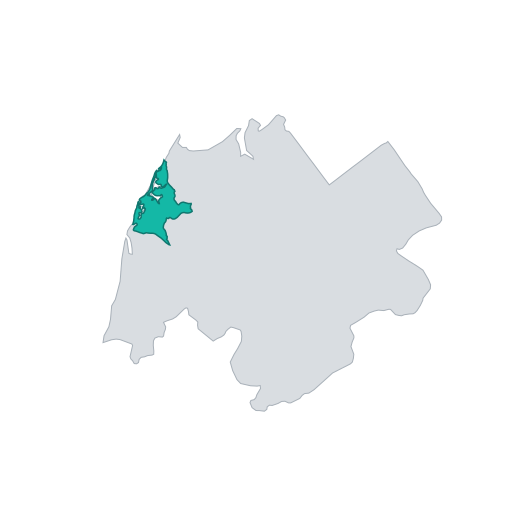 location of Etimbouè, Ogooué-Maritime, Gabon, rotated 53°
{"feature_id": "22940354B22587364924270", "entity_name": "Etimbouè", "entity_type": "district", "adm_level": 2, "iso_a3": "GAB", "parent_name": "Gabon", "parent_adm1": "Ogooué-Maritime", "projection": "robinson", "projection_center": [9.502, -1.676], "detail": "fine", "context": "in_parent", "style": "filled", "palette": "teal", "viewbox_px": 512, "rotation_deg": 53, "n_neighbors": 0, "source": "geoboundaries", "source_scale": "gbopen_adm2", "svg_char_len": 9453}
<svg xmlns="http://www.w3.org/2000/svg" viewBox="0 0 512 512"><g transform="rotate(53 256 256)"><path d="M340.2,89.6L339.9,93.5L336.0,103.1L334.2,110.5L333.7,118.4L334.8,124.7L336.7,129.2L337.9,134.1L337.0,137.6L335.1,139.0L336.4,140.8L339.3,141.2L344.1,139.7L351.6,137.1L361.4,133.3L367.8,131.2L378.5,132.5L384.1,133.9L387.1,136.6L390.2,147.9L391.8,149.6L394.3,154.4L396.5,160.2L397.0,163.2L396.7,165.3L394.6,168.4L392.1,173.0L391.3,175.8L389.3,177.8L386.7,179.9L379.6,180.7L378.5,181.9L376.5,186.8L372.8,190.9L371.1,194.8L369.5,200.1L369.9,206.5L369.1,215.8L368.3,222.2L370.2,224.4L378.7,225.9L380.3,227.1L382.6,231.0L385.5,234.7L393.3,237.0L396.3,239.8L398.7,242.9L399.0,245.4L397.2,255.5L395.5,265.3L396.2,272.6L396.8,279.7L397.7,290.0L397.3,296.3L395.1,300.1L395.1,303.1L396.1,306.7L394.2,316.7L392.9,318.4L389.4,320.3L387.6,323.0L387.0,327.2L385.1,333.0L383.2,335.1L383.2,337.8L385.0,339.7L385.0,342.7L381.5,346.3L379.4,349.0L374.8,350.4L369.5,349.0L368.3,347.0L369.6,343.9L369.1,341.4L367.3,338.8L364.5,332.1L362.0,330.6L360.6,333.4L356.3,338.5L348.6,345.0L343.3,345.6L333.5,343.6L325.2,340.4L321.4,332.8L318.9,326.4L315.4,319.1L311.5,315.6L307.3,313.3L305.4,313.2L299.4,317.3L297.6,318.9L297.6,322.3L298.1,325.5L299.1,327.1L299.8,329.2L299.7,332.4L298.6,336.6L298.2,341.4L279.3,346.0L276.1,344.3L273.7,342.2L270.8,342.6L262.6,345.0L259.6,343.3L256.6,342.1L255.3,343.1L255.1,345.1L256.5,356.3L256.1,360.5L254.2,366.0L253.3,369.8L258.3,370.8L260.1,372.6L261.8,375.4L264.3,378.0L264.4,379.6L261.7,382.5L260.7,386.1L262.0,388.9L265.5,391.8L270.4,394.8L272.9,396.8L272.6,398.6L270.3,402.5L269.4,405.8L267.8,408.7L268.2,411.5L270.4,414.0L270.2,416.3L268.6,418.0L265.5,417.6L262.9,417.9L260.6,417.2L253.2,408.4L251.6,408.1L240.9,414.9L238.2,417.7L236.0,421.7L233.1,430.3L228.2,425.3L224.0,416.1L219.1,410.4L208.9,401.2L206.1,394.5L194.4,379.7L177.5,364.8L165.3,351.9L163.4,349.1L165.5,349.4L177.3,355.9L178.9,355.1L180.2,353.7L175.1,350.3L170.3,347.7L165.7,346.0L161.2,346.2L158.6,343.5L156.9,339.3L156.1,335.8L154.1,332.1L147.6,324.4L146.0,321.5L142.5,317.4L144.6,316.9L151.6,320.8L152.2,319.2L151.6,317.0L144.6,313.3L140.8,313.1L140.0,310.5L140.5,307.5L135.5,296.4L130.3,288.1L129.5,284.1L143.5,302.2L145.3,302.6L147.8,302.4L153.6,300.4L152.5,297.9L149.9,295.3L147.3,296.5L144.0,296.8L142.3,295.7L141.5,293.8L144.8,285.0L143.4,285.5L142.4,287.1L140.6,287.8L137.8,288.3L130.9,283.5L124.8,270.8L123.2,268.2L121.6,263.8L120.0,262.0L113.0,243.9L115.7,245.2L118.8,250.5L125.0,249.4L127.4,246.3L129.5,246.5L131.7,245.8L134.4,242.9L142.4,230.4L144.5,214.0L143.8,204.3L142.6,194.6L145.2,191.5L146.3,193.5L146.8,197.0L148.0,199.5L150.9,201.8L156.1,202.4L164.2,206.0L167.1,208.3L167.9,203.7L177.3,199.8L174.4,198.4L166.1,200.0L154.7,194.2L150.9,190.5L147.4,183.5L143.8,179.8L144.0,176.5L152.2,173.5L154.4,173.8L155.2,177.4L157.4,178.9L158.3,178.4L158.6,175.3L158.7,167.1L156.2,155.2L156.9,152.9L159.2,152.1L161.2,150.5L162.6,150.2L165.3,150.5L166.7,153.3L167.5,154.8L170.3,155.5L172.6,156.9L174.5,156.5L176.2,154.8L178.6,154.5L186.0,154.5L192.8,154.5L206.3,154.6L219.7,154.6L233.2,154.7L243.3,154.7L243.3,147.9L243.2,137.5L243.1,125.1L243.1,113.2L243.0,102.2L242.9,89.3L243.5,85.5L244.1,84.0L243.9,81.8L254.3,81.7L273.2,82.7L281.4,82.5L283.7,82.7L294.0,82.0L302.4,82.9L305.9,83.8L309.1,84.2L319.1,84.8L332.1,84.1L336.5,84.3L339.0,86.1L340.2,89.6Z" fill="#d9dde1" stroke="#a8b0b8" stroke-width="1"/><path d="M195.2,318.2L192.3,317.6L190.2,317.2L189.7,317.4L189.1,317.6L188.7,317.2L188.4,316.3L188.0,316.0L187.5,315.8L187.3,315.4L186.7,315.1L186.3,315.3L185.7,315.4L185.2,314.9L184.5,314.5L183.4,314.0L182.5,313.7L181.3,313.3L180.5,313.2L179.5,313.3L178.5,313.3L177.7,313.1L177.2,312.7L175.8,311.3L175.4,310.7L174.8,309.8L174.5,309.2L174.4,308.4L174.1,307.4L173.5,306.5L173.1,306.0L172.6,305.6L172.2,305.2L171.9,304.6L173.0,303.8L173.4,303.3L173.4,302.7L173.2,302.5L173.1,302.2L173.2,301.9L173.6,301.4L174.2,301.1L175.0,300.9L175.7,300.6L176.3,300.3L176.7,299.8L177.2,299.1L177.5,298.5L177.6,297.7L177.7,296.5L177.7,295.4L177.5,294.5L177.2,292.6L176.8,290.5L176.8,290.1L177.1,288.9L177.3,288.4L177.8,287.5L178.1,287.1L178.6,286.7L179.1,286.3L179.6,285.9L179.8,285.5L180.3,285.1L181.2,283.7L181.7,282.5L181.9,281.4L181.9,280.8L181.9,280.1L181.4,279.9L180.6,279.6L179.6,279.6L179.2,279.9L178.7,279.9L178.4,279.6L178.0,279.2L177.6,278.9L177.1,278.7L176.6,278.2L176.1,277.5L175.9,276.9L175.5,276.5L175.0,276.2L174.0,277.7L173.4,278.5L169.3,281.6L168.7,282.7L168.4,283.7L168.3,284.5L168.4,285.7L168.6,286.1L168.7,286.7L168.5,287.0L168.0,287.3L167.6,287.5L166.4,287.6L165.1,287.6L164.3,287.4L163.8,287.4L163.3,287.5L162.9,287.6L162.4,287.6L161.6,287.4L161.1,287.1L160.7,286.9L160.3,286.4L160.1,286.0L159.8,285.1L159.4,284.6L158.9,284.3L157.9,283.9L157.3,283.8L156.7,283.6L156.2,283.3L155.7,282.8L155.7,282.4L155.6,281.9L155.0,281.7L154.7,281.7L153.9,281.4L153.5,281.6L153.2,281.8L150.1,282.0L147.2,282.4L146.4,282.4L144.1,282.4L143.1,282.0L142.1,281.3L141.4,280.5L140.4,279.5L139.1,278.5L137.3,277.2L135.1,276.0L134.2,275.5L133.4,275.5L133.0,275.4L132.6,275.1L131.6,274.2L131.0,273.8L130.7,273.7L130.2,273.6L129.8,273.5L129.0,272.7L128.0,272.1L127.7,271.9L127.5,271.3L127.0,271.1L126.4,271.3L126.1,271.5L125.5,271.6L123.9,271.7L125.2,273.3L126.3,275.0L127.0,276.6L127.4,278.1L127.5,279.3L127.5,280.1L127.6,281.1L127.8,281.5L128.1,281.4L128.3,281.1L128.6,279.8L128.6,279.4L128.1,278.5L128.1,278.0L128.7,278.4L129.1,278.8L129.8,279.9L130.0,280.7L130.0,281.3L129.9,281.6L129.6,281.8L129.4,282.0L129.2,282.3L129.2,282.5L129.4,282.8L129.5,283.0L129.3,283.5L129.1,283.8L129.1,284.3L129.2,285.0L129.4,285.5L129.8,286.0L130.3,286.3L131.0,286.6L132.7,287.8L133.0,288.1L133.5,288.3L133.9,288.3L134.4,288.3L134.8,287.8L135.3,287.5L135.7,287.6L136.0,287.8L136.1,288.3L135.9,289.2L136.0,290.4L136.4,291.4L136.6,291.6L137.0,291.7L137.4,291.8L138.1,291.6L139.0,291.3L140.0,291.0L140.3,290.8L141.0,289.5L141.3,289.1L141.7,288.9L142.0,288.9L142.4,289.0L142.8,289.4L143.0,289.7L143.3,289.7L143.6,289.7L144.4,289.2L144.7,288.8L144.8,288.3L144.9,287.7L144.6,285.1L144.6,284.8L144.7,284.3L144.8,284.2L145.0,284.3L145.1,284.5L145.0,285.1L145.0,285.3L145.8,286.7L145.9,287.4L145.9,287.9L145.8,288.4L145.2,289.5L145.2,290.3L145.0,290.8L144.7,291.1L144.4,291.3L143.6,291.5L143.0,291.6L142.7,291.7L142.7,291.9L142.8,292.3L143.1,292.6L143.2,293.1L143.2,293.7L142.9,294.2L142.6,294.5L141.8,294.7L141.1,295.0L140.8,295.4L140.7,295.8L140.8,296.3L141.0,296.5L141.5,296.5L142.0,296.8L142.2,297.3L142.1,298.1L142.4,299.9L142.6,300.3L143.0,300.7L143.4,300.7L144.9,300.5L146.0,300.3L147.0,299.9L147.6,299.4L148.2,298.9L148.6,298.4L149.4,297.2L149.8,296.8L150.2,296.2L150.2,295.7L150.0,295.0L150.0,294.6L150.3,294.4L150.9,294.4L151.4,294.5L152.1,294.9L152.5,295.2L152.4,295.7L152.3,296.1L152.5,298.4L152.7,299.5L153.1,300.1L153.5,300.6L154.1,301.0L155.5,301.4L156.0,301.7L155.8,302.0L154.6,302.3L150.8,301.9L149.8,302.0L149.4,302.1L149.1,302.4L149.3,303.6L149.3,304.6L149.1,305.2L148.8,305.6L148.2,305.3L148.0,304.6L148.0,304.1L148.1,303.6L148.2,303.0L147.9,302.7L147.2,302.8L145.9,303.4L145.4,303.7L144.8,304.1L144.2,304.7L143.8,304.9L143.5,304.3L143.1,304.2L142.7,304.3L142.5,304.7L142.9,305.2L142.9,305.6L142.4,306.1L142.0,305.7L141.8,305.1L141.8,304.3L141.6,301.0L141.6,299.9L141.3,298.6L140.7,298.4L140.1,298.3L139.7,298.1L138.9,297.6L138.4,297.1L137.4,296.3L137.2,296.0L136.3,295.4L135.6,294.7L135.2,293.8L134.3,292.8L134.1,292.1L134.0,291.4L133.6,290.9L133.1,290.6L132.5,290.0L132.5,289.5L132.5,288.9L132.2,288.4L131.5,287.7L131.0,287.5L130.4,287.3L129.9,287.1L129.5,286.9L128.8,286.2L128.6,285.7L128.3,284.8L127.7,283.1L128.0,284.6L128.5,286.0L129.2,287.3L130.7,289.3L133.0,293.1L135.5,296.5L138.0,299.6L139.0,301.0L140.0,303.8L140.1,305.9L140.6,307.2L140.9,310.0L140.6,311.2L140.4,312.7L140.4,314.3L140.9,315.4L141.5,315.7L142.3,315.3L142.7,315.0L143.2,315.2L144.0,315.8L144.1,316.5L143.7,317.1L143.7,317.6L144.3,317.7L145.0,318.1L145.2,317.9L145.4,316.8L145.7,316.5L146.1,316.2L146.3,315.5L146.5,314.8L147.1,314.5L147.7,314.7L148.2,315.4L148.5,316.2L148.7,316.8L150.0,318.1L150.0,317.7L149.8,316.9L149.8,316.2L150.1,315.9L150.7,316.3L151.1,316.4L151.4,316.0L151.8,316.0L152.6,317.0L153.0,317.7L154.0,319.7L154.1,320.3L153.8,320.9L153.3,321.2L153.2,321.7L153.4,322.3L154.0,322.7L154.6,323.4L155.9,324.3L156.4,325.7L156.5,326.6L156.2,327.2L155.9,327.3L155.4,327.7L155.1,327.7L154.6,326.8L154.2,326.4L153.8,325.7L153.7,325.0L153.5,324.4L152.8,324.2L152.2,324.3L151.3,323.6L151.1,323.1L151.7,322.4L152.1,321.7L152.1,320.8L151.7,320.3L150.9,319.9L149.8,319.8L148.2,319.8L147.8,320.4L147.0,320.5L146.9,320.0L147.3,319.6L147.5,319.1L147.2,318.7L146.9,319.1L146.6,319.8L145.9,319.6L145.6,319.3L144.6,319.4L143.7,318.9L142.9,317.8L142.2,317.0L141.8,317.3L142.2,318.1L143.2,319.1L144.5,321.1L145.7,322.2L146.4,323.6L147.1,325.0L148.8,326.9L149.8,328.3L150.7,329.3L152.2,330.5L154.2,332.4L156.1,334.4L156.5,335.2L156.6,335.4L156.9,335.2L157.2,334.7L157.3,333.2L157.5,332.2L157.7,331.9L158.4,331.7L159.2,331.8L159.6,332.1L159.7,333.0L159.7,334.9L159.8,335.8L160.6,337.2L160.9,337.7L161.2,338.1L161.7,338.3L162.2,338.2L162.9,337.8L163.6,337.1L166.1,335.4L166.7,335.1L167.6,334.5L169.0,333.4L170.1,332.7L170.4,332.4L170.8,331.5L171.3,329.8L171.7,329.3L172.5,328.6L174.2,326.7L175.6,324.9L176.5,324.0L177.2,323.5L178.1,323.0L180.3,322.4L181.5,322.0L184.5,321.0L188.2,320.3L191.0,319.9L192.3,319.5L193.0,319.2L193.9,319.0L194.6,318.7L195.2,318.2Z" fill="#14b8a6" stroke="#0f766e" stroke-width="1.5"/></g></svg>